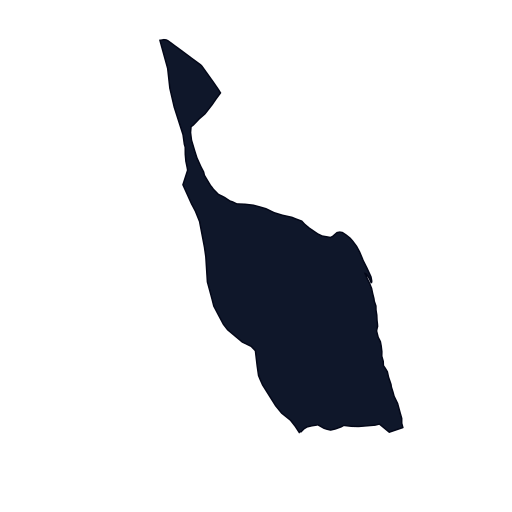 outline of Qus, Qina, Egypt, rotated 139°
{"feature_id": "37247803B95427647060127", "entity_name": "Qus", "entity_type": "district", "adm_level": 2, "iso_a3": "EGY", "parent_name": "Egypt", "parent_adm1": "Qina", "projection": "equal_earth", "projection_center": [32.772, 25.856], "detail": "fine", "context": "isolated", "style": "filled", "palette": "ink", "viewbox_px": 512, "rotation_deg": 139, "n_neighbors": 0, "source": "geoboundaries", "source_scale": "gbopen_adm2", "svg_char_len": 2418}
<svg xmlns="http://www.w3.org/2000/svg" viewBox="0 0 512 512"><g transform="rotate(139 256 256)"><path d="M257.7,30.2L255.8,34.1L252.6,37.8L250.9,41.4L250.6,42.1L245.9,51.8L243.8,59.6L241.9,63.5L239.8,68.3L238.4,70.5L237.6,72.4L235.6,77.3L235.1,78.3L232.8,82.5L232.1,86.6L231.8,89.5L231.2,90.4L229.1,93.0L226.8,97.9L223.8,101.2L220.6,105.9L218.3,109.8L217.1,114.6L214.2,120.3L212.6,121.6L210.3,123.2L210.2,123.4L210.1,123.5L208.9,125.1L207.0,127.9L203.6,132.2L200.9,136.5L198.3,139.6L196.4,144.3L195.8,145.2L194.9,146.6L192.5,151.3L190.0,155.8L188.4,160.4L187.6,163.2L187.1,165.3L185.7,169.8L185.2,171.3L184.7,170.5L184.7,168.2L185.0,165.9L185.6,163.3L185.8,162.6L186.7,159.9L186.8,159.8L185.2,161.0L183.8,163.3L182.9,164.9L180.2,174.1L178.0,182.8L177.5,184.0L175.2,191.0L173.8,197.2L173.3,203.6L173.3,207.7L174.2,212.6L175.4,217.0L177.1,219.1L179.5,220.5L182.4,220.5L185.4,220.5L187.8,221.2L187.8,221.3L189.8,223.8L193.0,227.7L194.1,230.3L194.9,232.1L196.4,237.8L197.7,242.8L197.7,243.0L198.5,248.3L198.6,252.3L201.7,258.0L203.5,261.6L209.3,269.4L213.9,276.8L215.0,279.3L216.8,283.6L217.5,285.2L221.0,290.6L224.7,296.1L230.2,302.1L236.3,307.9L236.8,309.0L238.1,312.1L239.7,314.8L241.3,320.8L244.0,327.3L244.4,334.5L244.2,336.5L244.1,339.1L242.9,345.9L242.0,350.8L240.4,353.8L239.3,358.4L238.9,360.0L236.2,368.9L233.2,375.8L228.7,385.7L226.5,389.0L224.4,392.1L220.2,396.2L217.4,396.0L208.8,396.8L201.2,396.8L189.9,399.0L183.0,400.8L175.8,402.4L175.2,406.2L174.2,414.9L172.3,434.9L172.4,436.6L175.1,448.5L176.9,456.9L179.6,468.8L179.9,470.3L181.3,476.4L182.1,478.1L183.6,479.7L183.7,479.8L185.3,480.7L187.0,481.8L191.9,471.6L199.6,455.5L210.9,439.2L220.0,422.1L231.5,395.4L236.8,387.3L238.0,384.6L242.7,379.1L246.7,373.6L249.8,368.1L251.3,365.6L264.4,357.7L270.5,337.4L270.9,335.5L272.3,329.6L276.0,318.9L276.8,317.6L289.1,296.5L294.4,288.3L309.7,268.3L313.6,260.2L317.5,252.2L320.7,245.9L323.1,235.8L325.4,225.8L325.8,218.9L322.8,200.1L318.9,191.0L318.6,184.9L327.2,172.3L332.5,164.1L333.7,160.6L335.6,154.4L336.8,146.8L339.4,130.1L339.7,120.6L337.7,109.5L338.1,101.7L339.1,94.5L338.1,94.6L337.4,93.8L337.0,93.8L336.0,93.9L333.1,94.1L329.6,93.5L325.2,91.2L321.6,88.9L320.1,88.1L317.7,81.4L316.2,78.9L313.9,75.7L309.5,73.4L303.8,71.2L300.9,70.6L297.9,67.3L295.7,64.9L293.1,62.5L290.5,60.1L277.7,50.7L277.2,50.3L273.1,48.2L271.0,35.6L257.8,30.2L257.7,30.2Z" fill="#0f172a" stroke="#020617" stroke-width="1.5"/></g></svg>